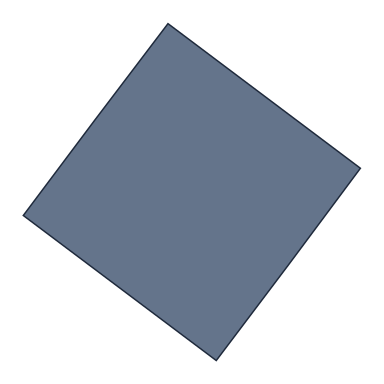 Lake, South Dakota, United States of America, rotated 127°
{"feature_id": "52423323B90416567000763", "entity_name": "Lake", "entity_type": "district", "adm_level": 2, "iso_a3": "USA", "parent_name": "United States of America", "parent_adm1": "South Dakota", "projection": "mercator", "projection_center": [-97.164, 44.022], "detail": "fine", "context": "isolated", "style": "filled", "palette": "slate", "viewbox_px": 384, "rotation_deg": 127, "n_neighbors": 0, "source": "geoboundaries", "source_scale": "gbopen_adm2", "svg_char_len": 249}
<svg xmlns="http://www.w3.org/2000/svg" viewBox="0 0 384 384"><g transform="rotate(127 192 192)"><path d="M72.0,312.5L192.2,312.9L312.3,312.6L312.0,71.2L191.9,71.1L71.7,71.8L72.0,312.5Z" fill="#64748b" stroke="#1e293b" stroke-width="1.5"/></g></svg>